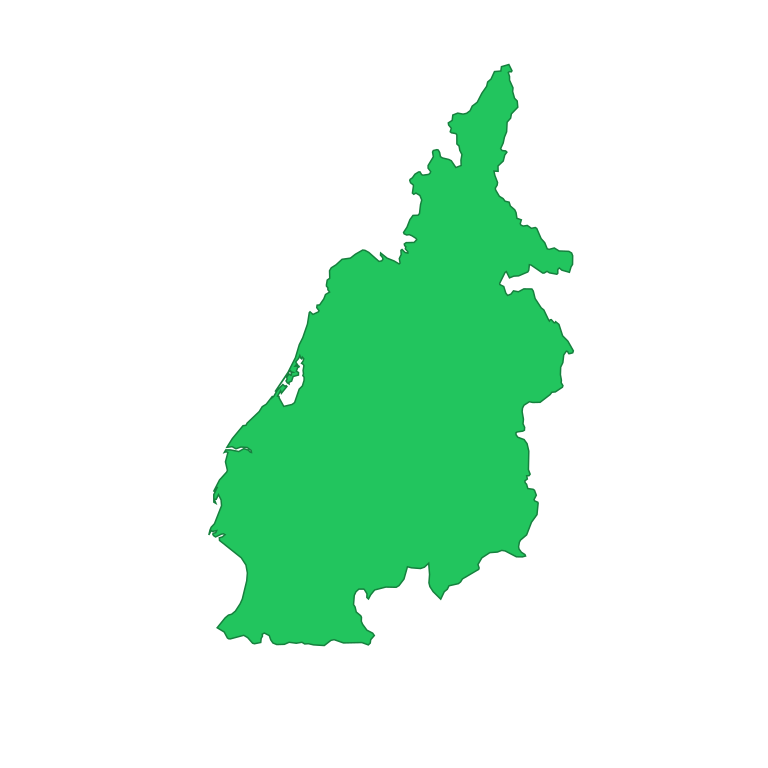 an SVG outline of Odisha, rotated 151°
{"feature_id": "IND-2444", "entity_name": "Odisha", "entity_type": "State", "adm_level": 1, "iso_a3": "IND", "parent_name": "India", "parent_adm1": "", "projection": "mercator", "projection_center": [83.889, 20.172], "detail": "fine", "context": "isolated", "style": "filled", "palette": "green", "viewbox_px": 768, "rotation_deg": 151, "n_neighbors": 0, "source": "natural_earth", "source_scale": "10m", "svg_char_len": 6171}
<svg xmlns="http://www.w3.org/2000/svg" viewBox="0 0 768 768"><g transform="rotate(151 384 384)"><path d="M648.1,251.7L636.3,256.5L632.1,257.3L628.9,256.5L624.1,257.4L616.4,261.5L612.2,264.6L599.5,278.4L595.1,285.0L592.5,292.6L593.1,301.2L603.7,326.9L602.6,329.3L599.4,328.6L596.1,329.3L597.0,330.8L598.9,331.5L605.5,331.9L606.6,334.1L606.5,335.7L605.6,336.3L603.3,335.5L601.4,336.9L605.5,338.2L606.2,339.5L610.4,336.9L606.9,340.7L604.6,342.5L600.0,344.0L585.1,356.3L582.7,361.6L582.4,367.5L586.6,364.5L588.3,365.5L588.9,361.1L590.1,363.2L586.5,369.8L580.0,374.4L580.7,375.2L585.3,372.5L574.4,379.8L564.2,383.3L562.8,384.5L560.4,392.8L553.8,399.7L554.9,401.3L556.8,401.6L554.3,403.1L550.1,400.7L543.7,395.3L538.0,395.4L534.8,392.1L534.0,389.1L533.1,388.3L532.4,390.3L534.4,394.8L539.8,398.3L544.9,399.1L547.2,402.8L552.1,404.8L543.1,409.8L527.5,415.9L524.7,414.8L522.6,416.2L506.5,420.4L501.5,423.2L496.8,423.4L487.2,427.5L488.4,426.3L486.3,426.7L480.7,430.1L472.7,432.6L471.8,430.1L470.4,430.0L470.1,428.9L478.3,425.6L477.7,428.2L483.0,425.0L481.9,424.0L482.5,422.5L482.5,413.0L474.4,410.7L471.2,411.1L460.7,420.6L456.3,421.9L452.2,425.9L450.6,428.6L450.9,430.7L449.5,431.9L448.2,435.1L445.2,438.8L445.1,440.3L446.1,442.1L443.7,443.2L441.9,445.0L442.4,447.1L443.8,445.9L444.2,446.8L443.8,449.7L446.1,447.8L450.6,446.1L450.3,442.7L451.6,443.3L453.2,442.7L449.8,440.9L449.8,440.2L451.5,440.2L454.5,437.7L453.2,435.5L454.5,433.3L459.8,434.6L463.4,431.3L466.3,431.5L467.0,430.1L468.0,431.9L468.2,434.2L466.4,435.2L465.8,437.1L462.2,438.8L461.3,436.7L460.6,436.7L459.8,438.9L458.0,438.4L459.3,439.7L459.3,440.9L461.7,440.6L483.0,430.1L462.2,440.8L448.7,450.0L439.0,459.5L432.6,463.9L421.9,473.5L414.8,482.6L413.7,483.0L412.4,479.3L406.5,478.9L405.3,479.6L405.8,483.4L404.3,485.4L401.9,484.4L395.4,487.6L391.8,490.6L387.0,490.8L387.4,493.6L386.4,495.5L386.9,497.4L386.3,498.6L383.3,502.4L380.2,502.8L376.7,509.5L373.8,511.2L368.2,511.5L360.2,513.4L352.4,510.4L346.0,511.4L337.7,511.5L335.8,510.1L333.5,506.5L329.0,493.7L326.4,492.8L324.4,493.6L324.0,495.4L324.6,498.4L323.4,500.2L320.3,492.6L315.5,486.7L312.6,481.7L311.3,482.0L309.8,486.3L306.2,488.9L304.4,492.7L303.0,492.9L301.9,488.9L299.7,486.9L299.0,488.1L299.8,491.9L298.3,493.6L298.9,494.9L298.4,496.6L296.1,496.9L289.0,493.2L285.4,494.4L285.4,495.8L287.7,500.1L289.5,502.4L291.9,503.3L293.6,505.6L293.4,507.1L287.9,510.0L281.6,515.2L276.9,517.4L272.4,515.1L270.3,515.9L265.0,523.3L261.8,526.6L261.2,531.5L263.5,535.5L266.0,535.5L266.6,537.2L262.2,543.0L261.9,544.0L263.2,547.1L262.8,549.5L262.0,550.3L259.2,550.6L255.2,552.5L251.0,552.7L249.7,552.1L249.6,549.0L248.8,547.8L243.4,545.7L241.6,546.0L240.2,547.1L240.8,551.4L239.5,553.7L230.7,558.8L229.1,563.3L227.7,564.3L224.1,563.3L223.1,562.3L223.1,559.5L224.4,555.5L223.3,553.4L218.4,548.9L216.9,546.6L216.2,538.5L210.6,537.7L208.1,542.6L204.6,546.9L204.4,551.7L203.0,555.7L203.9,558.6L199.6,566.4L199.7,568.1L203.2,571.0L203.8,572.5L201.2,575.0L201.9,579.2L201.2,581.2L196.6,581.5L193.4,585.9L188.2,585.2L184.0,581.7L180.5,580.7L176.2,581.3L172.1,584.3L165.9,585.2L157.4,590.9L149.9,594.6L146.9,597.9L142.6,598.8L135.9,603.7L130.1,601.1L127.4,604.6L119.9,602.9L120.2,595.9L121.2,595.3L123.0,596.4L124.3,596.2L125.1,592.1L126.9,588.9L127.6,580.5L129.7,577.4L131.3,570.6L130.3,566.9L132.8,561.2L141.6,558.5L144.4,555.1L149.4,553.3L154.5,545.1L159.0,541.5L162.9,537.0L167.9,533.3L167.5,530.9L164.6,528.9L164.1,527.2L167.4,525.7L171.6,521.2L178.6,519.4L181.1,514.7L184.6,516.9L185.9,512.8L187.0,505.2L188.6,503.1L191.6,501.4L192.3,499.7L192.1,492.3L189.9,488.3L189.5,485.2L186.4,482.4L187.2,478.4L185.2,473.0L185.4,469.9L187.4,464.5L184.3,461.0L187.2,458.1L187.1,456.4L185.6,454.6L181.8,453.2L179.6,448.7L175.8,447.5L175.0,446.0L176.1,435.0L174.9,429.7L175.7,423.1L174.3,421.7L169.1,420.4L166.4,415.5L158.0,410.4L156.4,407.6L156.8,404.7L161.1,397.2L163.6,395.8L167.7,391.8L173.3,397.4L174.4,400.5L176.5,399.9L178.3,396.6L179.6,396.2L185.4,401.0L186.8,403.5L190.2,403.4L191.4,404.1L197.7,416.7L199.0,417.9L202.2,413.4L203.9,412.3L213.8,413.3L218.2,415.4L222.8,416.0L222.5,423.0L224.0,422.9L234.0,416.0L234.5,414.9L232.0,411.2L233.4,404.4L232.9,401.5L229.3,401.1L225.6,402.7L221.7,399.5L215.6,399.4L208.6,395.4L208.4,392.9L210.4,385.5L209.6,374.4L208.3,371.3L209.0,359.8L208.8,358.8L207.4,359.6L206.5,359.2L205.6,355.2L204.9,354.6L203.7,355.3L202.1,351.3L204.4,339.6L202.4,332.3L202.3,321.2L203.8,319.8L206.8,320.5L207.7,321.0L207.7,323.4L208.6,324.3L212.7,322.3L217.2,316.0L221.3,313.1L225.2,306.6L227.0,301.3L228.4,299.2L228.3,295.8L229.5,294.7L237.9,294.0L241.2,295.4L243.9,294.2L256.3,292.3L262.8,295.7L265.4,298.0L271.8,297.6L274.5,295.8L276.6,292.8L279.1,285.6L281.7,281.8L282.0,277.9L283.6,275.5L285.5,275.5L290.7,277.5L292.3,277.3L293.1,275.6L292.8,272.6L288.4,267.5L287.8,262.4L289.9,255.1L299.2,239.1L299.9,234.3L301.6,233.5L303.7,234.6L304.7,231.4L307.7,231.0L308.4,229.3L307.9,227.2L308.9,222.8L304.6,219.6L303.9,218.1L304.7,212.9L308.9,210.1L308.8,208.6L306.8,206.0L307.0,205.0L313.5,195.6L322.0,191.6L332.4,182.9L340.3,181.3L342.3,180.0L345.2,176.4L345.9,174.2L345.4,170.2L343.4,166.5L343.6,164.9L346.8,165.7L352.0,168.7L359.0,179.3L361.7,181.4L366.2,182.0L373.2,185.2L382.7,184.5L389.3,180.6L390.0,177.0L391.0,176.0L409.9,175.5L412.9,173.8L415.7,173.3L425.0,176.0L428.1,173.8L432.0,173.1L438.7,168.3L441.7,178.6L442.1,184.5L441.1,188.3L436.5,195.3L431.8,205.6L437.4,204.2L441.5,204.9L449.2,210.0L452.1,212.8L461.1,203.7L468.6,200.4L471.9,200.3L480.8,205.5L492.0,208.4L497.8,206.1L501.8,203.5L502.5,205.6L500.6,208.8L500.8,213.5L501.1,214.4L505.4,216.8L509.2,215.9L512.5,213.5L517.6,205.8L517.4,203.0L518.8,198.0L516.7,192.6L516.8,190.9L518.9,187.4L519.2,184.1L518.3,177.0L514.7,171.6L514.4,168.7L519.6,166.8L521.6,164.1L524.2,163.4L528.7,168.6L545.0,177.2L551.6,184.6L554.7,185.5L563.0,184.2L572.1,190.0L576.0,193.5L579.4,195.1L581.0,197.9L586.4,199.8L592.2,204.1L597.3,204.6L604.1,208.1L606.7,211.3L607.1,215.1L606.3,219.6L609.4,224.2L611.8,224.2L612.6,222.3L614.8,221.0L617.1,217.7L623.2,219.6L624.6,221.0L626.2,228.3L628.5,232.2L642.1,235.6L643.5,236.6L644.1,237.9L644.0,244.6L648.1,251.7Z" fill="#22c55e" stroke="#15803d" stroke-width="1.5"/></g></svg>